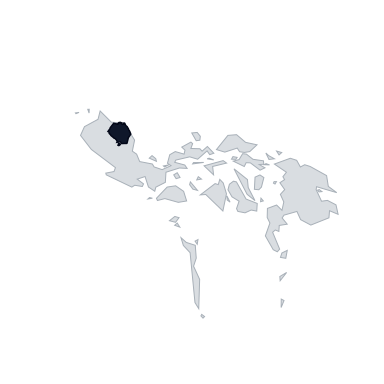 where Isabela sits in Philippines, rotated 307°
{"feature_id": "PHL-2550", "entity_name": "Isabela", "entity_type": "Province", "adm_level": 1, "iso_a3": "PHL", "parent_name": "Philippines", "parent_adm1": "", "projection": "orthographic", "projection_center": [122.081, 16.969], "detail": "fine", "context": "in_parent", "style": "filled", "palette": "ink", "viewbox_px": 384, "rotation_deg": 307, "n_neighbors": 0, "source": "natural_earth", "source_scale": "10m", "svg_char_len": 5075}
<svg xmlns="http://www.w3.org/2000/svg" viewBox="0 0 384 384"><g transform="rotate(307 192 192)"><path d="M179.5,66.8L193.5,73.2L201.4,69.9L199.2,85.6L206.2,96.3L198.9,114.9L188.7,119.8L188.9,125.0L184.8,131.9L190.5,143.5L189.2,146.6L191.9,154.7L200.4,159.4L200.2,155.1L208.4,151.8L214.2,154.3L217.5,162.9L221.2,161.2L221.7,156.8L231.2,161.1L231.0,163.4L226.1,164.9L231.3,172.3L230.7,175.5L237.6,176.9L236.1,186.1L232.5,183.7L233.9,179.3L221.6,176.8L218.7,169.0L207.8,159.9L205.3,160.3L209.2,170.0L207.9,173.9L203.6,167.5L192.1,159.3L183.7,164.9L174.1,160.2L170.2,161.8L169.8,154.2L176.1,145.2L169.3,140.5L169.3,148.4L166.5,149.0L162.9,142.2L159.7,141.0L154.1,113.2L155.2,111.8L161.4,117.4L165.4,116.2L165.4,86.0L170.1,68.9L179.5,66.8ZM263.9,241.0L278.1,250.2L280.3,256.5L277.2,263.5L281.6,265.6L283.5,271.0L286.1,289.6L278.5,297.5L278.6,308.0L271.2,288.3L268.6,289.7L262.6,301.0L266.8,305.2L268.4,314.7L262.1,322.1L259.8,313.1L253.8,316.9L237.1,306.8L235.3,295.4L239.6,287.5L228.9,279.4L225.5,279.6L223.6,287.4L217.8,281.8L212.8,285.1L211.8,281.4L208.4,280.6L199.1,296.4L195.6,296.1L194.8,291.6L201.1,277.0L214.1,272.9L216.9,267.4L224.3,262.1L232.5,267.4L231.5,274.9L239.3,271.3L243.3,264.0L249.7,264.6L252.3,256.6L257.6,258.5L258.9,255.4L264.6,255.5L263.9,241.0ZM222.1,251.0L215.7,255.2L213.2,250.1L207.3,246.9L204.1,240.3L205.5,237.6L213.0,235.1L212.2,226.9L215.4,219.4L220.7,217.2L225.6,218.6L226.8,221.4L218.9,239.4L222.1,251.0ZM258.8,186.6L264.6,193.1L263.9,204.9L268.8,215.5L259.0,213.8L255.1,210.0L252.8,205.8L254.3,201.7L243.6,194.2L240.6,186.0L258.8,186.6ZM194.7,200.4L212.6,205.4L213.7,208.5L218.8,206.6L218.0,211.5L211.3,220.6L195.4,228.1L198.3,204.5L194.7,200.4ZM126.8,250.7L102.9,267.6L105.5,260.9L142.4,227.0L144.1,217.3L148.9,210.7L148.3,217.8L151.4,226.7L141.7,235.2L133.7,237.9L126.8,250.7ZM165.6,167.4L181.0,169.2L187.1,175.2L187.5,184.9L181.6,193.1L175.5,187.3L170.4,174.3L164.4,169.5L165.6,167.4ZM246.2,210.1L253.1,209.4L255.0,212.6L254.8,221.0L259.9,230.3L257.4,232.6L254.4,229.2L255.2,235.7L250.4,233.2L250.4,221.1L248.0,217.6L243.8,218.4L241.5,206.4L246.2,210.1ZM223.0,247.5L223.3,237.4L235.8,211.6L235.3,228.8L229.4,234.2L223.0,247.5ZM246.8,240.7L237.7,244.5L234.0,244.0L231.7,240.2L241.8,233.4L246.5,236.0L246.8,240.7ZM220.2,185.9L235.8,198.0L235.9,202.2L224.8,193.1L218.7,198.9L220.2,185.9ZM241.5,165.1L238.1,167.1L235.5,164.5L239.0,156.3L242.7,160.3L241.5,165.1ZM202.7,303.2L195.5,306.8L193.0,302.0L197.4,300.5L202.7,303.2ZM155.5,191.3L162.1,193.0L163.7,197.1L157.9,197.1L155.5,191.3ZM194.7,167.1L198.5,168.6L196.4,173.7L193.1,171.3L194.7,167.1ZM177.4,313.0L184.7,316.0L174.2,315.8L177.4,313.0ZM268.1,237.8L264.3,233.9L267.6,227.5L267.2,231.4L268.1,237.8ZM199.1,184.6L196.6,195.4L194.8,191.0L196.4,185.7L199.1,184.6ZM160.2,327.7L160.7,330.8L153.4,332.7L160.2,327.7ZM197.0,138.2L196.8,143.0L195.1,145.1L193.3,137.5L197.0,138.2ZM209.9,222.2L206.8,228.5L206.8,224.9L209.9,222.2ZM158.3,198.9L156.6,203.4L155.0,198.2L158.3,198.9ZM246.8,207.2L244.4,207.3L242.0,203.8L244.9,203.4L246.8,207.2ZM208.0,187.8L208.0,191.8L204.5,188.5L208.0,187.8ZM277.5,239.9L274.0,239.2L275.6,234.9L277.5,239.9ZM216.4,175.5L222.7,183.6L214.8,175.6L216.4,175.5ZM157.6,225.4L153.4,227.6L154.6,224.0L157.6,225.4ZM228.6,250.8L227.8,254.3L225.5,252.6L228.6,250.8ZM229.3,185.3L230.7,190.1L227.6,184.1L229.3,185.3ZM100.1,277.0L97.9,276.7L98.4,273.7L100.1,273.4L100.1,277.0ZM251.1,253.2L248.3,253.5L248.1,251.7L249.7,251.3L251.1,253.2ZM270.5,295.5L268.5,293.4L269.1,291.2L270.5,292.2L270.5,295.5ZM162.0,161.4L163.2,164.1L159.9,161.0L162.0,161.4ZM259.2,234.0L260.3,237.6L257.3,233.3L259.2,234.0ZM196.2,60.1L193.1,62.3L195.3,59.0L196.2,60.1ZM199.7,157.1L195.5,155.0L195.6,153.5L199.7,157.1ZM185.0,51.3L187.6,53.9L184.7,52.2L185.0,51.3Z" fill="#d9dde1" stroke="#a8b0b8" stroke-width="1"/><path d="M199.8,88.1L200.0,88.5L200.1,89.0L200.3,89.4L200.6,89.8L200.9,90.3L200.9,90.8L201.0,91.0L201.0,91.4L201.1,91.6L201.3,91.8L201.4,91.7L201.5,91.7L201.8,91.6L202.1,92.0L202.3,92.0L202.5,92.0L203.0,91.8L203.3,91.8L203.6,91.9L203.7,92.5L204.0,92.7L203.9,92.3L204.2,92.5L204.6,93.0L204.7,93.5L204.4,93.2L204.2,93.2L204.1,93.3L204.1,93.6L204.3,94.2L204.4,94.4L204.3,94.7L204.1,95.3L204.1,95.6L204.2,95.9L204.7,96.2L204.9,96.5L204.9,96.4L205.1,96.3L205.1,96.2L205.4,96.3L205.6,96.1L205.8,96.0L206.2,96.2L206.4,96.6L206.4,97.0L206.2,97.3L206.0,97.7L205.9,97.8L205.8,98.1L205.7,98.3L205.5,98.5L205.3,99.0L205.1,100.5L205.2,100.8L204.9,101.4L204.4,102.8L203.4,104.4L203.3,105.0L202.9,105.8L202.8,106.1L202.5,106.3L202.0,107.4L201.8,107.7L201.2,108.3L197.1,108.5L191.9,110.7L191.7,110.7L191.4,110.5L188.2,106.4L188.8,105.8L188.9,104.4L186.5,102.1L187.0,102.0L187.2,101.9L187.4,101.8L187.5,101.6L187.8,100.9L188.0,100.7L188.4,98.5L188.3,98.1L188.1,97.4L188.1,97.0L188.2,96.2L188.3,93.8L188.3,93.4L188.7,92.3L188.9,90.9L189.1,90.4L189.9,89.6L190.1,89.1L189.8,88.5L190.8,88.4L193.0,88.4L193.3,88.4L193.9,88.1L194.2,88.0L199.8,88.1ZM186.2,106.1L185.5,105.9L185.0,105.6L184.9,105.0L184.8,104.8L186.4,104.2L187.0,105.1L186.7,106.1L186.2,106.1Z" fill="#0f172a" stroke="#020617" stroke-width="1.5"/></g></svg>